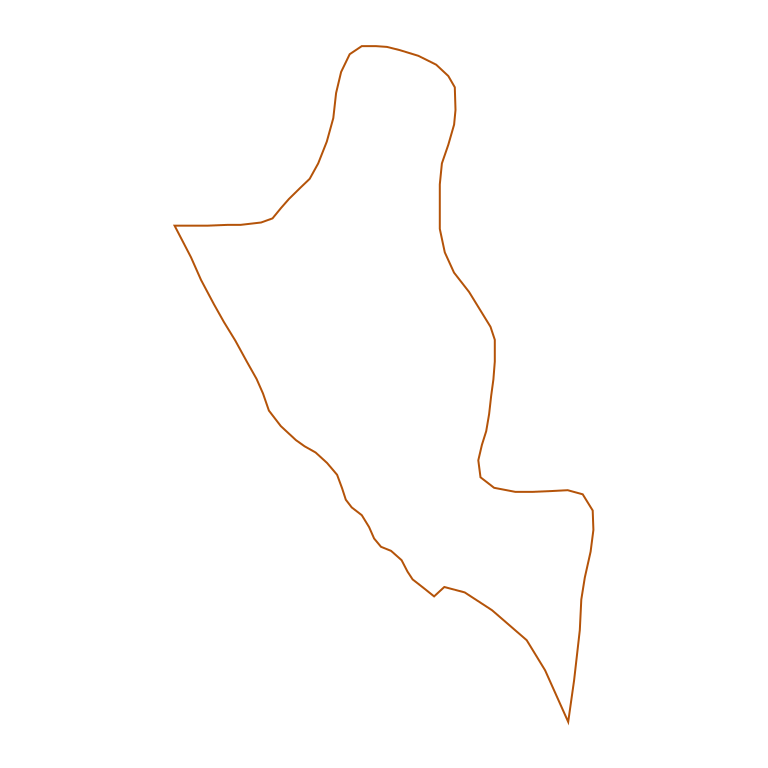 Louetsi-Wano, Ngounié, Gabon
{"feature_id": "22940354B18924798450478", "entity_name": "Louetsi-Wano", "entity_type": "district", "adm_level": 2, "iso_a3": "GAB", "parent_name": "Gabon", "parent_adm1": "Ngounié", "projection": "robinson", "projection_center": [11.582, -2.167], "detail": "fine", "context": "isolated", "style": "outline", "palette": "amber", "viewbox_px": 768, "rotation_deg": 0, "n_neighbors": 0, "source": "geoboundaries", "source_scale": "gbopen_adm2", "svg_char_len": 1231}
<svg xmlns="http://www.w3.org/2000/svg" viewBox="0 0 768 768"><path d="M568.2,721.9L574.1,680.3L579.8,630.2L581.3,599.5L584.8,577.6L590.6,551.7L593.4,529.9L592.7,510.5L582.7,494.3L567.7,490.2L550.5,491.1L531.9,491.9L515.5,491.9L494.1,487.8L480.5,477.3L478.3,460.3L481.9,444.9L486.2,431.2L489.1,414.2L491.2,395.6L493.4,379.4L494.8,361.6L494.8,339.8L490.5,326.8L469.1,292.0L454.0,272.6L444.8,252.4L439.8,228.9L439.8,206.3L439.8,184.4L441.9,163.4L448.3,144.8L454.1,124.6L455.5,110.0L454.8,87.3L448.3,76.0L436.2,64.7L418.3,55.8L399.7,50.1L386.9,46.9L375.5,46.1L375.4,46.1L361.8,46.1L349.7,54.2L341.1,72.0L336.1,93.0L333.3,118.1L326.8,141.6L318.2,163.4L309.7,178.8L300.4,187.7L288.9,199.0L281.1,207.9L272.5,218.4L261.1,222.5L240.3,224.9L226.8,224.9L206.8,225.7L174.6,225.7L191.0,257.3L201.0,279.9L213.9,304.2L223.9,322.0L235.3,340.6L246.8,361.6L256.6,379.0L263.0,393.5L268.9,410.6L280.8,426.1L295.9,440.1L304.6,446.3L315.6,452.5L327.0,462.9L337.1,474.8L342.1,488.3L345.8,499.7L351.7,507.4L361.8,515.2L369.1,527.1L374.1,538.5L381.0,546.8L391.1,550.9L401.6,560.2L407.5,571.6L412.6,579.4L424.5,588.7L434.1,596.4L444.3,587.0L464.7,592.4L492.0,610.2L526.7,640.2L545.1,670.3L568.2,721.9Z" fill="none" stroke="#b45309" stroke-width="2"/></svg>